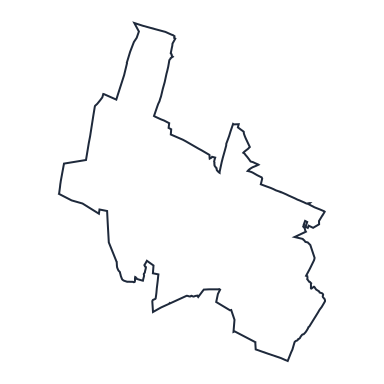 the district of Teotihuacán, México, Mexico
{"feature_id": "50627088B35797567897196", "entity_name": "Teotihuacán", "entity_type": "district", "adm_level": 2, "iso_a3": "MEX", "parent_name": "Mexico", "parent_adm1": "México", "projection": "equal_earth", "projection_center": [-98.867, 19.693], "detail": "fine", "context": "isolated", "style": "outline", "palette": "slate", "viewbox_px": 384, "rotation_deg": 0, "n_neighbors": 0, "source": "geoboundaries", "source_scale": "gbopen_adm2", "svg_char_len": 5844}
<svg xmlns="http://www.w3.org/2000/svg" viewBox="0 0 384 384"><path d="M255.7,349.4L268.0,353.7L281.0,358.1L285.5,360.1L287.7,361.0L291.1,352.4L292.4,349.6L294.5,342.4L294.7,341.9L295.6,341.1L296.4,340.7L297.3,340.4L297.8,339.8L298.2,339.4L298.3,339.0L298.7,338.9L299.2,338.7L299.8,338.2L300.3,337.3L300.8,336.4L301.4,335.7L302.0,334.9L302.5,334.5L303.7,334.2L305.5,332.3L306.6,330.7L307.4,329.4L308.0,328.3L308.4,327.2L309.3,326.5L318.0,312.5L318.4,311.8L319.5,309.9L320.5,308.5L320.9,308.0L321.6,307.1L322.8,305.1L325.0,301.3L325.0,300.2L324.4,298.7L324.2,298.6L322.9,297.1L322.7,296.2L323.1,295.0L323.1,294.4L322.3,293.4L321.5,293.1L319.6,292.5L319.1,291.4L316.1,289.5L314.4,287.0L314.2,286.8L314.0,286.7L313.9,286.7L311.4,288.6L311.2,288.6L311.0,288.4L310.9,288.2L310.9,287.7L311.0,286.8L310.9,283.9L311.2,283.3L310.5,282.6L310.0,282.0L309.8,281.9L309.5,281.9L309.3,281.9L307.2,279.1L307.5,278.1L307.3,276.2L306.1,275.8L309.9,268.7L314.0,260.3L314.4,258.9L314.6,257.9L310.3,245.0L307.7,242.4L305.4,241.9L304.1,240.2L303.5,239.9L303.0,239.2L302.6,238.9L294.6,237.0L305.9,231.7L305.5,231.1L305.0,229.7L304.8,228.4L303.2,226.6L304.0,224.6L303.8,224.5L305.1,220.9L307.2,222.0L306.0,225.6L305.8,225.7L305.4,226.7L307.8,227.9L308.2,226.9L308.3,226.8L308.7,225.7L313.1,227.8L319.1,224.3L319.0,221.0L322.4,215.4L322.5,215.4L324.7,211.7L324.4,211.4L320.3,209.6L316.0,207.9L314.5,207.3L308.5,204.2L309.8,203.1L309.5,203.1L308.5,203.3L308.0,203.3L307.7,203.5L307.1,203.6L306.7,203.6L305.7,203.2L304.1,202.4L300.6,200.9L299.3,200.3L298.9,200.2L297.4,199.6L295.8,198.8L295.0,198.4L293.0,197.5L291.2,196.7L290.1,196.2L288.7,195.6L286.5,194.5L283.1,193.0L281.3,192.2L280.9,192.0L280.3,191.8L280.3,192.0L278.4,191.2L276.0,190.4L273.4,189.1L270.6,187.9L266.7,186.5L265.6,186.1L264.8,185.8L263.7,185.4L260.8,184.3L261.5,181.5L262.2,178.6L261.7,177.4L259.2,176.2L257.2,175.2L252.5,172.5L251.3,172.0L249.5,171.4L247.7,171.0L248.5,170.1L249.3,169.4L250.7,168.4L252.5,167.3L256.4,165.7L257.0,165.4L257.9,165.0L258.5,164.7L258.2,164.5L255.6,163.4L252.9,162.1L250.6,161.5L249.1,159.4L247.2,156.9L245.4,154.8L245.0,154.2L244.4,153.5L243.3,152.8L244.1,151.9L246.1,150.3L248.2,148.7L248.7,148.1L249.8,147.0L245.7,138.3L244.7,135.9L243.9,133.6L243.7,131.7L237.9,127.4L238.7,124.2L233.9,124.4L233.1,123.9L230.5,131.5L229.2,135.8L228.2,138.6L226.3,143.7L226.2,145.5L224.8,150.7L222.8,157.8L221.7,162.1L220.8,166.3L219.6,171.9L219.6,172.8L219.1,172.5L217.8,171.3L217.7,171.1L217.5,170.8L217.2,170.6L217.0,170.4L216.7,169.8L216.7,169.1L216.6,168.6L216.5,168.1L216.3,168.0L216.1,167.9L215.9,167.4L215.5,167.0L215.1,166.5L214.9,166.1L214.7,165.9L214.5,165.5L214.5,165.2L214.5,164.4L214.3,164.0L214.3,163.8L214.4,163.5L214.4,163.4L214.4,163.2L214.5,162.9L214.4,162.4L214.1,161.8L214.5,159.9L215.2,157.6L212.1,156.8L211.7,157.4L211.4,157.7L209.7,158.6L209.6,158.0L209.5,155.0L209.1,154.7L201.4,150.2L198.6,148.7L185.6,141.2L182.8,139.7L170.8,134.5L171.2,129.3L168.6,127.9L169.2,123.2L164.0,120.5L161.1,119.4L155.2,116.7L154.0,116.0L154.8,113.7L156.0,110.2L157.2,106.7L158.2,103.9L159.5,101.2L160.1,99.1L161.0,96.5L162.8,88.9L164.7,82.1L166.5,73.7L167.2,71.1L168.2,66.8L168.7,64.0L169.3,60.4L169.5,59.9L169.8,59.5L170.7,58.4L170.7,58.1L172.3,57.0L172.8,56.7L172.7,56.6L172.2,56.3L171.8,55.9L171.7,55.7L171.7,55.4L171.8,55.3L171.8,54.9L171.7,54.7L171.2,53.8L171.2,53.7L170.9,53.6L170.7,53.3L170.7,53.2L170.9,52.9L170.9,52.5L171.1,51.5L171.9,47.5L172.3,45.8L172.5,43.6L175.3,38.6L174.9,38.3L174.3,37.7L174.2,37.7L174.4,36.7L174.5,36.2L172.9,35.1L171.6,34.7L165.4,31.9L155.7,29.3L142.6,25.7L134.3,23.0L138.9,31.5L136.7,37.8L133.9,42.0L130.1,51.9L126.8,62.8L127.0,63.2L124.1,75.2L117.9,94.5L116.3,99.6L104.1,94.2L103.3,94.0L102.3,97.4L99.9,100.6L97.1,104.0L95.1,105.8L94.8,106.7L93.3,115.8L90.1,136.3L88.8,143.0L86.0,160.0L64.0,163.6L62.6,171.1L60.8,180.9L60.5,183.0L60.3,184.2L60.0,187.0L59.2,193.0L59.1,193.7L59.0,193.9L71.6,200.4L82.5,203.5L98.9,213.7L99.5,209.5L107.1,211.0L107.7,222.8L108.8,242.4L116.2,260.8L116.5,261.7L116.7,261.8L116.8,263.6L116.9,265.6L117.1,267.2L117.2,267.6L117.7,268.9L118.2,270.0L118.6,270.7L119.4,271.5L119.7,271.8L120.0,272.4L120.1,273.2L120.5,274.5L120.8,275.9L121.9,278.8L122.2,279.4L123.0,280.1L123.6,280.5L124.0,280.7L124.9,281.0L125.4,281.2L125.8,281.3L127.2,281.8L127.6,281.7L130.8,281.8L132.3,281.8L133.0,281.9L133.7,282.2L134.3,282.1L134.6,282.0L134.7,281.8L134.8,281.6L134.8,281.4L134.9,281.0L135.0,280.4L135.0,280.2L135.0,279.8L135.0,279.7L135.0,279.1L135.0,278.1L135.1,277.5L135.2,277.0L135.6,277.2L135.9,277.7L136.3,278.0L136.0,278.7L136.5,278.8L138.7,279.5L141.4,280.3L142.9,280.7L143.1,280.0L143.2,279.3L144.0,276.2L144.1,275.7L143.8,274.4L143.9,273.8L144.8,272.6L144.9,272.1L145.0,271.4L145.7,268.6L145.9,267.7L145.9,267.3L145.8,266.9L145.5,266.6L145.0,266.5L144.7,265.7L144.4,265.2L144.6,264.6L145.2,263.9L145.7,263.0L146.1,262.2L146.7,261.2L146.9,260.8L153.5,265.5L153.2,269.6L152.9,273.3L156.0,273.9L158.4,274.4L158.0,277.9L157.7,281.0L157.5,282.6L156.8,288.3L156.4,292.9L156.0,296.0L155.7,298.0L155.6,298.5L155.4,298.8L155.1,299.0L153.0,299.9L152.6,300.4L152.5,300.6L152.3,301.4L153.0,312.0L158.3,309.0L161.2,307.4L168.7,304.0L169.1,303.7L169.6,303.2L169.8,303.5L186.6,295.8L186.8,295.8L187.2,295.8L188.0,296.0L189.2,296.4L189.5,296.4L190.1,296.5L190.3,296.4L190.5,296.3L190.9,296.0L191.1,295.9L191.3,295.8L191.5,295.8L191.9,296.1L192.0,296.1L192.4,296.1L192.6,296.3L193.2,296.5L193.5,296.5L193.9,296.5L195.2,296.0L196.2,295.8L197.0,295.7L197.3,295.6L197.5,295.6L197.6,295.9L197.6,296.2L197.7,296.3L198.2,297.0L200.6,293.8L202.4,291.4L203.8,289.6L209.8,289.3L212.7,289.3L216.8,289.3L218.2,289.3L219.3,289.1L219.6,289.3L220.1,289.7L219.3,291.2L217.9,294.0L217.7,295.0L216.2,302.0L230.0,310.3L231.2,310.0L234.5,319.8L233.5,331.9L234.7,331.4L255.4,342.2L255.3,342.7L255.7,349.4Z" fill="none" stroke="#1e293b" stroke-width="2"/></svg>